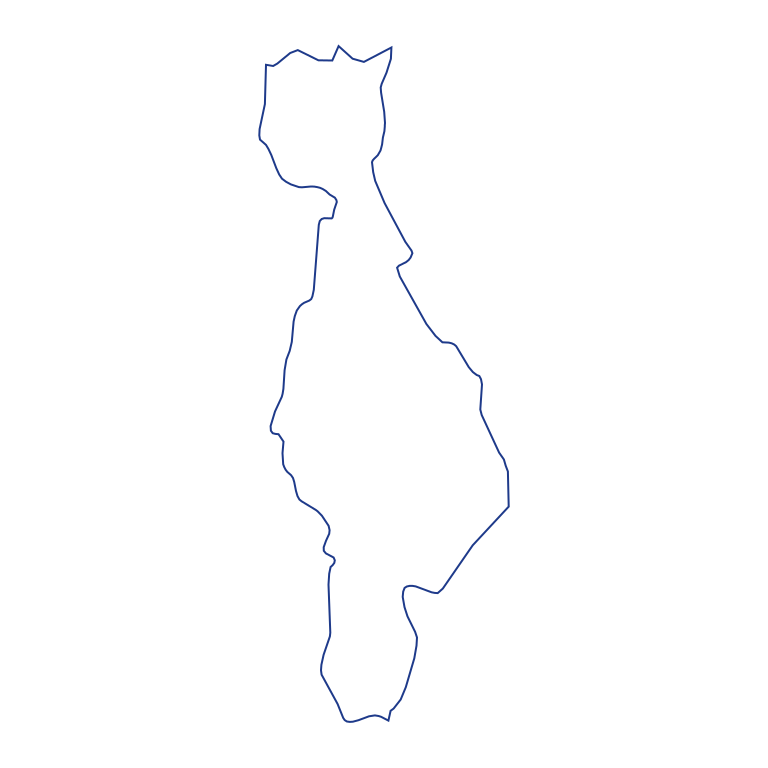 outline of San Salvador
{"feature_id": "SLV-1349", "entity_name": "San Salvador", "entity_type": "Department", "adm_level": 1, "iso_a3": "SLV", "parent_name": "El Salvador", "parent_adm1": "", "projection": "natural_earth1", "projection_center": [-89.179, 13.778], "detail": "fine", "context": "isolated", "style": "outline", "palette": "blue", "viewbox_px": 768, "rotation_deg": 0, "n_neighbors": 0, "source": "natural_earth", "source_scale": "10m", "svg_char_len": 2366}
<svg xmlns="http://www.w3.org/2000/svg" viewBox="0 0 768 768"><path d="M391.4,47.5L390.9,58.8L386.5,72.7L381.7,83.8L380.7,87.5L381.1,92.7L384.2,111.8L385.0,123.0L384.8,125.2L384.8,126.4L384.4,131.2L382.9,137.6L382.1,144.4L381.3,147.6L380.5,150.5L377.8,155.2L376.0,157.0L374.2,158.7L372.7,160.4L372.0,162.2L373.2,172.2L375.2,180.9L384.6,203.1L405.3,241.8L411.5,250.6L412.4,253.2L410.6,257.5L408.7,260.0L406.1,262.1L398.9,265.7L397.1,267.7L399.8,276.5L426.4,324.0L435.5,335.9L442.4,342.3L448.8,342.6L451.7,343.3L454.2,344.5L456.2,346.2L468.8,367.2L472.9,372.1L476.7,375.0L479.3,376.0L481.0,379.2L482.0,384.4L480.3,409.5L481.7,415.0L499.1,452.6L503.9,459.5L505.7,465.7L507.9,471.5L508.7,506.6L472.7,545.3L442.8,588.6L437.7,593.1L434.7,592.9L431.6,592.3L415.7,586.4L412.6,585.9L409.5,585.9L406.8,586.5L404.6,587.9L403.2,591.6L402.7,596.9L404.5,607.1L407.5,616.4L415.1,631.8L417.0,637.5L416.5,645.7L414.3,658.3L405.8,687.2L400.7,699.5L393.6,708.6L390.6,710.8L388.4,720.6L381.1,716.8L378.6,716.0L374.9,715.4L369.0,716.3L358.5,720.2L352.9,721.7L349.8,721.9L346.9,721.5L344.7,720.1L343.2,717.9L337.6,704.0L321.6,674.7L321.0,670.3L321.4,664.8L323.6,654.8L329.9,636.4L330.3,632.7L328.5,584.6L329.2,573.7L330.6,567.0L332.6,565.2L334.3,562.9L334.8,560.3L333.6,557.5L325.9,553.4L323.8,550.8L323.7,547.2L326.0,540.8L329.2,533.8L329.6,530.2L328.6,525.8L321.9,515.7L317.6,511.3L315.9,510.0L301.6,501.3L299.4,499.5L297.5,496.1L296.0,491.0L294.2,481.9L293.0,478.0L291.1,475.2L287.3,471.9L285.6,469.7L284.3,467.2L283.2,464.3L282.5,453.2L283.5,441.6L278.5,434.2L275.3,433.9L272.7,433.2L270.9,430.7L270.6,426.1L275.0,411.5L281.8,396.8L282.6,393.8L283.4,388.9L284.6,370.2L286.4,359.5L289.7,350.9L291.8,341.9L293.6,321.6L294.8,316.1L296.8,310.5L299.9,306.1L301.9,304.3L304.1,302.8L309.2,300.6L311.2,299.1L312.4,296.4L313.8,289.8L318.8,224.8L319.8,221.0L321.7,219.0L324.2,218.2L331.7,218.4L332.5,217.6L332.9,216.2L334.2,209.7L336.8,202.0L336.4,200.1L334.9,197.7L329.6,194.5L325.9,191.0L322.7,189.0L320.0,187.8L317.2,187.1L314.2,186.6L311.1,186.5L301.9,187.3L298.9,187.1L290.9,184.4L286.1,181.8L282.0,178.7L279.2,174.5L276.3,168.2L271.3,155.0L268.4,148.9L266.0,144.9L260.0,139.6L259.3,135.4L259.6,129.1L264.9,104.1L266.0,64.8L273.1,66.0L277.3,63.6L290.2,53.0L297.8,50.1L318.4,60.3L332.3,60.5L338.6,46.1L352.6,58.7L363.9,61.9L391.4,47.5Z" fill="none" stroke="#1e3a8a" stroke-width="2"/></svg>